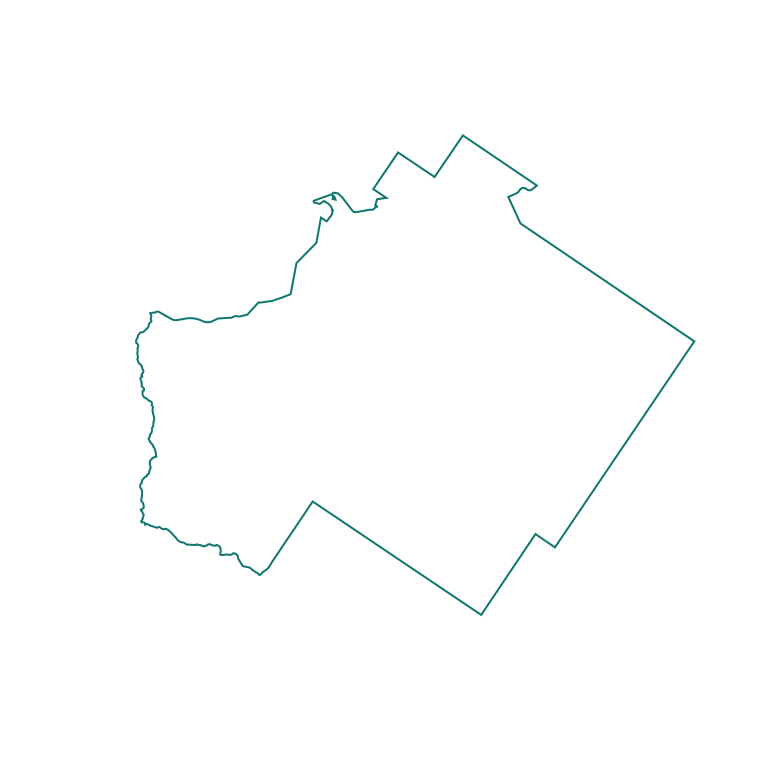 the district of Katherine, Northern Territory, Australia, rotated 304°
{"feature_id": "25037944B85754900082747", "entity_name": "Katherine", "entity_type": "district", "adm_level": 2, "iso_a3": "AUS", "parent_name": "Australia", "parent_adm1": "Northern Territory", "projection": "albers", "projection_center": [132.094, -14.65], "detail": "fine", "context": "isolated", "style": "outline", "palette": "teal", "viewbox_px": 768, "rotation_deg": 304, "n_neighbors": 0, "source": "geoboundaries", "source_scale": "gbopen_adm2", "svg_char_len": 6083}
<svg xmlns="http://www.w3.org/2000/svg" viewBox="0 0 768 768"><g transform="rotate(304 384 384)"><path d="M317.9,157.1L317.4,155.6L316.8,155.0L316.0,154.9L312.1,150.6L311.1,151.8L310.7,152.7L310.3,153.1L309.3,153.6L308.7,153.8L308.1,154.1L307.5,154.1L307.0,154.6L306.5,155.5L306.4,155.6L306.0,156.1L304.6,156.0L304.0,155.7L301.9,155.7L301.5,155.8L300.3,156.4L300.1,156.6L299.9,156.7L298.4,156.6L296.9,156.5L293.9,155.6L292.6,155.4L292.3,155.2L290.7,153.5L290.2,153.2L289.2,153.2L288.3,152.9L287.3,152.9L286.0,153.2L285.1,153.6L284.0,153.8L282.5,153.9L281.9,154.0L280.3,154.9L279.7,155.5L279.5,156.0L279.4,157.4L279.2,157.9L278.6,158.5L278.2,158.8L277.5,159.2L276.6,159.4L274.9,160.3L273.6,161.4L271.9,162.0L271.4,162.4L270.0,163.7L268.7,165.1L268.3,165.3L266.8,165.5L266.2,166.1L264.9,167.9L264.1,169.5L263.6,173.0L262.6,173.8L260.4,177.0L259.9,177.6L259.0,177.8L258.0,177.9L256.4,177.6L255.6,178.2L255.4,179.1L254.8,179.5L254.0,179.2L253.5,178.7L252.0,179.2L251.5,179.8L250.6,181.2L250.0,181.7L249.5,182.1L249.2,182.6L248.6,183.2L247.3,183.9L246.7,184.4L246.5,184.7L246.4,185.1L246.4,186.6L246.0,187.3L245.7,187.8L245.2,188.3L244.4,188.6L243.5,187.8L241.7,188.7L240.8,189.3L239.9,190.3L239.1,191.7L238.9,192.4L238.9,193.7L239.1,194.9L239.1,195.5L238.9,196.9L238.9,199.1L239.1,200.1L239.0,201.3L238.6,202.1L237.5,202.9L236.4,203.5L236.0,204.9L235.7,205.3L232.8,206.8L231.9,207.5L229.9,209.6L228.2,211.6L227.4,212.3L225.8,213.6L225.1,214.0L223.7,213.9L221.6,215.4L220.4,216.0L219.7,216.0L219.0,216.3L217.3,216.4L216.7,217.1L214.8,218.1L213.6,218.4L212.3,218.6L211.5,218.4L211.1,218.3L210.1,218.9L209.2,219.2L207.0,219.4L206.0,221.2L205.4,222.2L204.9,223.5L204.0,226.6L202.9,227.9L202.9,228.6L201.9,230.3L201.0,231.2L200.4,232.2L198.9,233.7L198.0,234.3L197.5,234.8L196.7,235.8L196.1,235.6L195.1,234.6L193.6,233.7L192.5,233.4L191.7,233.4L190.6,233.1L189.6,233.1L189.1,233.3L187.3,234.1L184.1,237.3L183.6,237.6L182.7,237.8L181.0,237.9L180.3,238.5L179.6,238.6L179.3,238.5L178.8,239.0L178.5,239.1L177.7,239.1L177.1,238.9L176.1,238.4L175.8,238.4L174.9,238.8L174.0,238.3L172.6,237.8L170.9,237.5L169.9,237.4L168.5,237.4L167.2,238.3L166.3,238.4L165.2,238.2L164.5,238.3L163.6,238.6L162.9,239.0L162.3,239.5L161.7,240.3L161.0,242.0L159.7,243.6L158.6,244.2L156.6,245.6L153.0,247.2L151.3,248.1L150.6,250.6L150.2,251.3L148.0,253.5L147.4,253.8L146.6,253.9L145.6,253.6L144.7,253.3L144.2,252.7L143.5,252.8L143.3,253.0L143.2,253.3L143.0,254.6L141.7,257.0L140.9,258.2L138.5,258.7L136.9,259.4L134.2,259.5L133.9,260.1L134.0,260.9L134.9,262.2L135.2,263.3L135.0,263.6L133.8,264.8L134.9,265.2L135.2,265.4L135.7,266.8L135.7,268.2L136.2,270.6L137.0,272.9L137.2,274.0L137.8,276.0L138.2,276.5L138.7,276.7L139.3,277.1L139.8,277.6L139.9,278.0L139.9,279.1L139.8,279.6L139.8,281.2L140.1,282.1L140.7,282.9L142.2,284.4L142.2,287.3L141.9,289.7L141.2,292.6L141.0,293.8L140.6,295.2L140.4,296.8L140.0,298.0L139.3,299.7L139.1,301.1L139.1,302.5L139.4,304.5L139.7,305.2L140.3,306.1L140.6,307.1L140.6,310.0L140.8,310.8L142.2,312.7L143.0,314.3L144.0,316.0L144.7,316.8L144.8,317.6L145.3,318.0L146.5,318.6L147.0,320.8L147.6,321.6L148.1,322.8L148.1,324.3L148.3,325.0L149.2,325.9L150.4,326.9L151.3,327.5L152.0,327.6L152.7,327.9L153.0,328.2L153.9,329.2L154.1,331.4L154.2,331.9L154.9,333.3L155.5,334.0L156.0,335.0L156.7,335.1L157.0,335.3L157.2,336.0L157.4,337.4L157.3,338.1L157.1,339.3L156.1,340.5L154.9,341.6L153.9,342.3L153.2,342.6L151.6,343.1L151.0,343.5L151.1,344.1L151.3,344.7L151.8,345.6L154.4,348.5L156.3,351.9L156.7,352.6L157.7,353.2L158.5,353.3L159.1,353.5L159.6,354.1L160.0,354.7L160.0,355.1L160.3,355.9L160.3,357.0L160.1,357.7L159.3,359.4L158.9,359.8L157.7,360.8L157.1,361.9L156.4,363.6L155.6,365.1L154.8,367.4L154.7,367.5L154.2,368.8L154.2,369.3L154.6,370.3L155.0,371.0L156.5,374.8L156.7,375.4L156.7,376.5L156.2,379.8L156.3,381.3L156.2,383.3L156.3,384.0L156.5,384.9L156.5,385.9L155.9,387.4L157.3,388.5L157.8,388.6L158.9,388.5L159.8,388.5L160.7,388.8L163.4,390.0L164.8,390.5L166.2,390.8L167.1,390.8L167.4,391.0L174.4,390.7L246.7,390.6L246.9,593.7L344.3,593.5L344.1,617.1L445.5,617.2L592.9,617.4L593.4,407.4L608.6,382.5L616.1,387.1L617.2,387.7L618.4,388.0L620.4,388.1L620.8,388.1L621.8,388.1L622.7,388.4L623.5,388.8L624.1,389.4L624.6,390.0L625.0,390.9L625.2,391.8L625.2,393.9L625.2,394.6L625.5,395.5L625.9,396.4L626.3,396.8L627.6,397.7L629.5,398.4L634.0,399.8L634.2,310.4L583.9,310.2L583.8,266.2L539.6,266.1L539.6,281.9L533.4,275.0L528.5,276.4L527.3,276.8L527.5,278.6L527.1,279.1L526.0,278.1L524.9,278.0L523.2,277.6L521.9,276.8L521.4,276.0L520.4,274.6L512.2,266.2L511.3,265.0L510.3,264.1L509.7,262.6L510.0,260.9L515.5,244.7L516.0,241.1L516.3,239.0L514.1,234.8L512.5,234.9L496.6,223.3L496.0,223.6L495.7,223.9L495.5,224.3L495.6,225.1L495.8,225.9L496.5,227.5L496.7,228.1L497.1,229.6L497.2,229.9L497.8,230.3L499.1,230.8L500.5,231.1L501.0,231.3L501.8,231.8L502.1,232.0L502.2,232.4L502.3,232.8L502.2,233.0L502.2,233.9L502.2,234.7L502.4,235.7L502.5,236.3L502.3,237.3L502.1,238.2L501.9,239.3L501.5,240.8L501.3,241.1L500.9,241.6L500.4,242.5L499.1,244.5L498.8,244.7L498.6,244.7L498.4,244.6L498.2,244.6L498.5,244.6L498.6,244.8L498.3,244.9L498.2,244.8L498.2,244.7L498.1,244.8L497.7,245.1L497.1,245.4L496.4,245.7L496.1,245.8L495.5,245.8L494.6,245.9L493.5,246.0L492.2,245.8L488.4,245.7L486.8,245.5L486.7,238.7L463.3,249.0L435.4,243.8L406.2,256.4L405.3,255.7L397.9,250.6L390.2,244.7L382.7,236.4L381.3,234.3L365.9,232.0L365.3,232.1L359.8,227.1L359.4,226.7L359.1,226.3L357.4,223.3L356.9,222.6L356.3,222.1L354.2,220.7L353.8,220.5L353.4,220.1L345.9,210.3L345.5,209.9L344.7,209.3L339.7,206.4L338.5,205.5L337.4,204.3L336.9,203.7L336.1,202.5L335.7,201.7L335.4,200.9L335.1,200.2L334.9,199.3L334.2,195.6L333.5,193.3L332.7,191.1L332.2,190.0L331.6,188.8L330.9,187.6L329.9,186.1L329.0,184.8L328.2,183.9L326.7,182.3L321.5,177.0L321.1,176.5L320.6,175.9L320.2,175.2L319.8,174.5L319.5,173.8L319.3,173.0L319.1,172.1L319.0,171.5L318.0,158.6L317.9,157.1ZM509.7,240.7L508.7,237.9L510.2,237.4L510.5,237.2L511.1,236.5L511.2,236.3L511.7,236.9L511.6,237.3L511.6,237.8L511.5,238.2L510.6,239.6L509.7,240.7Z" fill="none" stroke="#0f766e" stroke-width="2"/></g></svg>